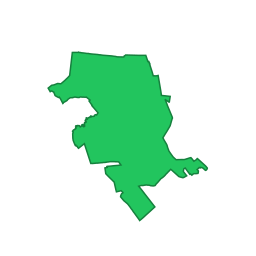 Radovan, Dolj, Romania, rotated 214°
{"feature_id": "2599482B75372531804505", "entity_name": "Radovan", "entity_type": "district", "adm_level": 2, "iso_a3": "ROU", "parent_name": "Romania", "parent_adm1": "Dolj", "projection": "natural_earth1", "projection_center": [23.572, 44.174], "detail": "fine", "context": "isolated", "style": "filled", "palette": "green", "viewbox_px": 256, "rotation_deg": 214, "n_neighbors": 0, "source": "geoboundaries", "source_scale": "gbopen_adm2", "svg_char_len": 5460}
<svg xmlns="http://www.w3.org/2000/svg" viewBox="0 0 256 256"><g transform="rotate(214 128 128)"><path d="M110.7,177.8L118.5,173.7L121.6,177.1L132.4,188.4L133.8,186.9L136.3,185.4L139.0,187.7L146.1,193.3L145.9,193.5L147.9,194.7L148.1,194.3L148.8,194.6L148.9,194.4L153.9,198.2L159.3,194.5L170.8,187.2L170.9,186.7L171.0,186.2L171.2,185.9L171.4,185.7L171.2,184.5L176.3,181.2L176.9,180.9L178.5,180.3L179.8,179.6L181.7,178.7L185.8,176.4L186.7,175.9L189.5,174.3L192.0,173.1L192.6,172.7L194.4,171.9L195.6,171.2L196.2,170.9L197.4,170.2L199.2,169.2L201.5,168.0L202.2,167.8L204.0,166.7L205.1,166.2L207.1,165.2L208.3,164.5L209.8,163.9L210.3,163.5L211.4,163.3L211.5,162.9L216.4,159.5L213.5,153.9L205.7,138.9L206.1,136.1L207.1,131.6L208.3,127.3L208.7,126.9L211.2,125.6L213.6,122.2L215.2,120.7L216.5,116.4L212.8,114.6L212.5,115.3L212.1,115.9L212.0,116.0L211.5,116.1L209.9,116.1L209.7,116.3L208.6,115.5L207.8,115.0L207.3,114.6L206.7,114.2L206.3,114.1L205.3,114.2L205.0,114.1L204.6,114.3L202.8,114.4L202.2,114.7L202.1,114.8L202.1,115.0L201.9,114.9L200.6,114.6L195.7,111.9L195.6,112.3L195.9,112.7L194.5,115.4L194.0,116.5L193.9,117.0L193.9,117.6L193.7,118.6L193.0,120.3L192.8,120.7L192.4,121.1L192.0,121.4L191.1,121.9L190.9,122.3L190.4,122.7L189.3,124.1L188.8,124.2L188.1,124.6L187.4,124.8L185.9,125.7L185.4,126.1L185.1,126.8L184.7,127.2L183.0,128.1L182.4,128.6L181.6,129.0L180.4,129.8L179.6,130.2L179.6,130.3L175.1,129.9L175.2,129.4L175.4,128.6L174.5,128.3L171.8,127.2L170.5,126.8L170.4,126.7L170.4,126.3L162.7,124.2L161.3,123.8L161.3,123.4L161.3,122.5L161.3,122.1L161.2,121.6L161.2,121.4L161.3,121.2L162.1,121.1L162.6,120.5L162.9,119.8L162.9,119.6L162.6,119.1L162.6,118.8L163.0,118.4L163.3,118.1L164.4,117.4L164.7,117.3L165.4,117.3L165.5,117.3L165.6,117.2L165.6,116.9L164.9,116.7L164.8,116.3L164.9,116.2L165.7,116.1L165.8,116.0L165.8,115.2L166.3,114.8L166.8,114.1L166.8,113.9L166.7,113.4L166.8,113.1L167.0,113.0L167.4,113.0L167.5,113.2L168.2,113.2L168.3,113.0L168.3,112.9L168.0,112.5L166.9,112.5L166.7,112.4L167.0,112.0L167.2,111.6L167.6,111.4L167.7,111.2L167.7,110.4L167.6,110.2L167.4,110.1L166.4,109.9L166.2,109.8L166.1,109.7L166.1,109.0L166.3,108.8L166.9,108.5L167.0,108.4L167.0,108.2L166.6,108.0L166.6,107.6L166.7,107.2L166.4,106.5L166.3,106.3L166.1,106.1L165.7,106.3L165.6,106.2L165.5,105.8L165.3,105.4L165.0,105.3L165.0,105.1L165.2,104.5L165.4,104.3L165.6,104.2L166.1,104.2L166.2,104.3L166.7,105.1L167.0,105.4L167.5,105.5L167.7,105.4L167.9,105.1L168.0,104.9L167.9,104.7L167.7,104.7L167.3,104.3L167.3,104.2L167.4,103.8L167.7,103.6L168.0,103.3L167.9,103.0L167.9,102.8L168.0,102.3L168.2,102.2L168.6,102.2L169.1,102.3L169.6,102.7L169.8,102.7L170.4,102.3L171.2,101.9L171.3,101.7L171.3,101.4L171.7,101.1L172.2,101.0L172.4,100.8L172.4,100.6L172.4,100.3L172.1,100.3L171.7,100.5L171.5,100.4L171.4,100.3L171.5,100.1L171.6,99.5L171.7,99.2L171.0,98.5L170.9,98.4L171.0,98.2L171.4,97.8L171.2,97.1L171.3,96.9L171.9,96.2L172.1,95.8L172.1,95.5L172.0,95.1L172.2,94.6L172.2,94.4L172.1,94.2L171.4,94.2L171.2,93.8L171.0,93.7L171.1,93.4L171.0,93.2L170.7,92.9L170.7,92.5L170.6,92.2L170.2,91.7L169.7,91.0L168.5,89.4L168.2,88.9L166.9,87.5L166.8,87.3L165.0,86.0L164.6,85.8L163.4,84.9L162.7,84.6L161.9,84.0L161.7,84.0L161.6,84.5L161.3,84.3L161.1,84.2L160.4,84.2L159.9,84.4L158.9,83.8L157.7,83.5L155.4,90.6L139.0,77.8L138.1,78.5L137.9,78.5L137.1,79.1L136.2,79.9L135.6,80.3L134.9,81.0L133.8,81.7L132.0,83.2L131.2,83.9L130.0,84.8L129.5,85.3L128.8,85.9L127.9,86.5L125.6,88.7L124.9,89.2L124.4,89.8L123.3,90.6L120.8,92.3L119.5,93.0L118.8,93.5L116.8,94.7L113.2,93.4L115.4,91.4L116.7,90.4L118.4,89.0L121.6,86.3L123.9,84.5L124.0,84.3L123.2,83.7L124.6,82.2L124.8,82.0L120.9,77.7L120.6,77.6L117.3,76.9L109.2,75.4L103.9,70.4L101.9,68.6L99.5,71.2L98.6,72.2L96.2,71.7L96.0,71.3L96.1,70.9L96.5,70.0L96.5,69.5L96.1,67.7L95.7,66.8L90.8,65.4L86.1,64.9L84.7,64.5L81.8,63.5L79.9,62.7L79.2,62.6L76.6,61.5L75.6,61.2L74.0,60.6L67.4,58.2L66.6,57.8L66.0,59.7L65.2,62.6L64.4,66.1L63.7,68.9L62.7,73.0L61.6,77.6L77.8,82.9L78.1,82.9L78.5,83.2L79.6,83.5L80.7,83.9L82.3,84.4L86.6,85.7L86.1,86.3L85.7,86.8L84.9,87.7L84.6,88.0L84.0,88.3L83.2,88.9L82.4,89.7L82.2,90.0L81.6,90.4L81.1,91.0L80.1,91.4L78.7,92.3L77.9,92.6L77.0,92.8L75.0,93.9L74.3,94.4L73.8,95.0L73.5,95.2L73.3,95.9L73.3,96.3L73.4,96.8L73.2,98.0L73.0,99.0L72.9,99.6L72.5,103.4L72.5,104.0L71.6,106.3L71.1,108.1L70.8,109.7L70.7,111.0L70.3,112.8L70.1,114.3L69.8,115.6L69.5,117.6L68.6,117.6L58.9,116.2L58.5,116.2L56.3,116.9L54.7,117.5L54.4,117.8L54.0,118.4L52.6,121.2L57.3,122.7L57.8,123.0L58.0,123.2L58.9,125.5L58.2,126.8L50.9,124.2L50.6,124.8L48.7,124.6L48.6,125.1L48.4,125.5L48.2,126.4L48.0,126.8L47.8,127.0L47.7,127.1L46.2,128.1L44.8,129.3L44.6,129.5L44.7,130.1L45.2,131.0L45.3,131.3L45.5,131.4L45.7,131.8L47.5,132.2L47.1,133.8L46.9,135.1L46.2,135.1L45.8,135.2L45.7,135.4L45.6,136.1L45.0,136.2L44.4,136.5L44.0,136.6L43.6,136.6L43.0,136.6L40.4,136.2L39.9,136.3L39.7,136.6L39.5,137.5L39.5,138.0L39.6,138.6L39.8,139.1L40.0,139.2L42.4,139.9L44.5,140.2L52.7,141.4L53.5,141.4L53.7,139.8L54.8,137.3L57.9,138.3L59.3,138.6L60.4,137.4L61.4,136.1L63.4,133.6L64.4,132.8L66.2,131.6L68.5,130.0L70.4,128.6L73.7,129.1L74.7,129.3L78.7,130.8L81.2,131.8L82.0,132.4L84.0,133.8L86.0,135.5L86.6,135.9L87.4,136.3L91.4,138.2L93.6,139.4L93.7,141.7L93.8,143.3L93.9,147.0L94.3,153.2L94.6,154.3L95.6,157.3L96.5,160.1L96.7,161.1L96.9,161.3L97.6,161.9L107.9,168.7L109.2,169.7L112.9,172.2L112.9,172.4L108.4,172.4L108.3,172.7L110.7,177.8Z" fill="#22c55e" stroke="#15803d" stroke-width="1.5"/></g></svg>